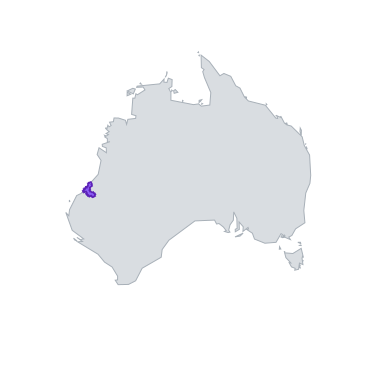 location of Port Hedland, Western Australia, Australia, rotated 330°
{"feature_id": "25037944B61185375235969", "entity_name": "Port Hedland", "entity_type": "district", "adm_level": 2, "iso_a3": "AUS", "parent_name": "Australia", "parent_adm1": "Western Australia", "projection": "orthographic", "projection_center": [118.535, -20.793], "detail": "fine", "context": "in_parent", "style": "filled", "palette": "violet", "viewbox_px": 384, "rotation_deg": 330, "n_neighbors": 0, "source": "geoboundaries", "source_scale": "gbopen_adm2", "svg_char_len": 6427}
<svg xmlns="http://www.w3.org/2000/svg" viewBox="0 0 384 384"><g transform="rotate(330 192 192)"><path d="M272.2,87.6L274.3,105.3L278.9,105.3L283.4,111.2L283.0,121.9L285.5,126.0L284.9,135.9L286.3,141.3L298.9,153.5L301.5,169.9L302.9,171.1L303.7,168.4L306.1,171.8L306.8,170.6L306.5,178.6L307.7,181.3L310.9,184.5L315.0,199.3L312.5,207.8L312.3,218.8L303.1,237.0L298.5,243.4L290.0,249.8L279.6,263.9L274.4,275.1L263.3,275.7L256.7,279.6L253.3,279.4L253.4,282.4L249.6,277.4L250.6,276.5L250.6,275.5L249.7,275.3L247.5,276.7L246.5,275.4L249.1,274.1L248.3,272.6L239.6,277.6L229.5,272.8L222.6,264.0L223.7,257.9L220.7,251.9L222.5,252.3L222.8,250.7L216.4,251.6L219.0,247.7L217.8,241.5L214.3,248.0L209.6,248.1L210.8,245.9L212.9,246.1L217.7,237.2L218.2,230.1L213.7,237.1L208.6,239.4L204.7,243.4L204.8,245.7L203.0,245.2L200.4,242.4L202.3,242.6L201.7,238.1L199.6,232.8L197.3,232.0L197.5,227.6L180.1,218.5L147.9,222.2L137.4,226.9L132.7,233.1L110.7,233.1L98.8,240.7L90.8,240.3L81.7,235.3L81.4,230.0L83.6,230.9L85.5,227.7L85.3,217.0L81.2,209.0L79.5,198.9L68.0,177.9L72.4,180.1L69.6,173.7L71.5,177.4L74.8,178.5L69.1,165.3L72.5,146.6L73.4,151.0L77.1,146.1L90.4,137.4L95.1,137.8L119.6,129.8L129.0,119.2L128.6,112.1L133.6,107.2L137.5,115.2L139.8,110.9L137.2,107.7L138.1,105.8L146.1,107.4L143.6,106.5L145.4,103.5L144.0,100.7L148.3,100.5L146.8,98.4L150.4,98.3L149.3,95.3L152.5,92.1L152.7,94.1L155.2,94.0L155.5,90.3L159.1,91.8L161.5,88.9L165.3,91.2L170.2,96.6L169.2,100.7L172.8,97.0L180.0,100.1L181.6,97.9L178.5,94.6L187.7,81.1L189.4,82.2L192.5,78.9L193.4,80.5L202.3,80.1L202.2,76.7L196.4,73.7L197.4,72.9L218.1,82.2L224.3,80.2L222.6,82.8L225.1,84.6L228.4,81.6L231.0,84.7L227.3,90.6L223.6,90.8L223.5,95.3L219.6,102.0L237.0,117.1L241.8,119.0L243.0,122.3L250.9,125.6L258.0,115.3L260.0,99.1L261.5,93.1L263.7,92.0L262.3,89.0L268.3,78.0L272.2,87.6ZM241.8,291.0L248.6,295.7L258.4,295.4L255.7,304.5L255.7,302.8L254.1,304.5L251.8,310.3L249.5,307.3L245.6,312.2L241.9,311.1L243.2,309.7L240.7,306.6L240.8,301.8L242.1,302.8L240.5,295.8L241.8,291.0ZM186.5,72.1L192.6,72.6L194.4,74.5L190.2,77.7L186.5,72.1ZM206.8,252.4L215.7,253.2L211.6,254.2L206.8,252.4ZM228.7,94.9L229.6,98.6L225.9,97.6L226.7,95.1L228.7,94.9ZM314.9,197.6L315.7,193.7L317.7,190.7L317.6,193.2L314.9,197.6ZM258.5,288.5L260.8,289.8L260.4,291.0L258.5,288.5ZM185.8,73.1L187.8,76.7L183.9,76.2L185.8,73.1ZM240.4,285.8L239.0,285.2L240.5,283.1L240.4,285.8ZM246.6,116.9L244.7,117.7L242.9,118.0L244.0,116.2L246.6,116.9ZM68.0,177.0L66.5,175.1L66.3,173.3L66.5,173.2L68.0,177.0ZM259.4,292.1L260.1,293.2L258.5,292.1L259.4,292.1ZM307.4,179.3L308.6,179.6L308.2,181.3L307.4,179.3ZM285.3,135.8L286.7,137.1L286.3,137.7L285.3,135.8ZM248.2,310.4L247.8,311.9L247.1,311.2L248.2,310.4ZM313.8,209.7L313.3,211.9L313.2,211.8L313.8,209.7ZM202.0,73.2L201.1,72.2L201.8,71.8L202.0,73.2ZM230.1,76.3L228.5,77.9L230.5,75.0L230.1,76.3ZM314.6,207.2L313.9,207.7L314.5,207.1L314.6,207.2ZM229.9,108.6L229.1,108.8L229.6,108.0L229.9,108.6ZM225.7,94.5L224.7,94.6L225.4,93.6L225.7,94.5ZM81.8,137.6L81.5,139.1L81.0,139.0L81.8,137.6ZM266.7,77.0L266.5,78.2L266.2,77.2L266.7,77.0ZM249.5,275.8L249.5,276.5L249.3,276.3L249.5,275.8ZM228.1,78.3L226.1,79.3L228.2,78.0L228.1,78.3ZM149.5,93.6L148.7,94.4L149.2,93.4L149.5,93.6ZM249.2,309.5L248.6,309.7L249.0,309.2L249.2,309.5ZM245.3,120.9L244.3,120.8L244.9,120.1L245.3,120.9ZM145.2,99.8L144.6,100.2L144.6,99.1L145.2,99.8ZM253.9,307.2L253.1,307.4L253.5,306.7L253.9,307.2ZM267.6,73.9L267.4,74.6L266.9,74.2L267.6,73.9ZM248.9,276.7L249.4,277.5L248.3,277.1L248.9,276.7ZM300.6,153.7L300.0,153.7L300.4,152.8L300.6,153.7ZM303.2,168.2L302.9,168.1L303.3,167.4L303.2,168.2ZM242.5,290.0L242.1,290.5L242.2,289.8L242.5,290.0Z" fill="#d9dde1" stroke="#a8b0b8" stroke-width="1"/><path d="M103.2,146.8L104.2,146.8L104.2,147.1L106.0,147.1L105.9,146.8L105.9,146.4L106.3,146.4L106.4,145.8L107.2,145.8L107.2,144.7L106.8,144.7L106.8,144.0L106.3,144.0L106.3,143.4L106.4,142.5L105.2,142.5L104.8,141.6L104.8,141.4L104.8,141.1L104.7,140.8L103.9,140.8L103.9,139.2L104.8,139.2L104.8,138.8L104.7,138.8L104.7,138.5L105.4,138.5L105.4,137.2L105.9,137.2L105.9,136.9L107.2,136.9L108.6,136.8L108.6,135.2L109.4,135.2L109.5,132.9L109.3,132.8L109.3,132.7L109.2,132.7L108.9,132.6L108.7,132.6L108.3,132.5L108.2,132.5L107.8,132.4L107.6,132.3L107.3,132.2L107.1,132.3L107.1,132.5L107.4,132.7L107.4,132.8L107.1,132.7L107.0,132.4L106.8,132.3L106.7,132.3L106.6,132.5L106.4,132.7L106.3,132.8L106.3,132.7L106.3,132.8L106.1,132.8L105.9,132.8L105.8,133.3L105.7,133.5L105.3,133.8L105.1,134.1L105.0,134.3L105.2,134.5L105.1,134.4L105.0,134.2L104.9,134.3L104.8,134.5L105.0,134.6L104.9,134.7L104.7,134.7L104.4,134.6L103.9,134.9L103.8,135.0L103.8,134.9L103.8,135.0L103.7,135.1L103.8,135.0L103.6,135.0L103.7,134.9L103.5,134.7L103.2,134.8L103.2,134.7L103.2,134.8L103.2,135.0L103.3,134.9L103.4,135.0L103.2,135.0L103.3,135.1L103.2,135.1L102.9,135.1L103.0,135.1L102.9,135.0L103.0,135.0L103.0,134.9L103.0,134.7L102.7,134.8L102.9,134.8L103.0,134.9L102.9,134.8L102.9,135.0L102.8,134.9L102.6,135.0L102.5,134.9L102.4,135.0L102.5,135.0L102.4,135.1L102.2,135.0L101.9,135.1L102.0,135.2L101.9,135.2L101.7,135.1L101.8,135.2L101.7,135.3L101.7,135.2L101.6,135.3L101.6,135.2L101.4,135.1L101.1,135.1L101.3,135.2L101.2,135.1L100.9,135.2L100.9,135.3L100.7,135.3L100.5,135.5L100.5,135.4L100.3,135.4L100.4,135.2L100.5,135.3L100.4,135.2L100.5,135.2L100.5,135.3L100.5,135.2L100.4,135.2L100.5,135.2L100.4,135.0L99.9,135.4L99.9,135.5L99.9,135.4L99.6,135.6L99.4,135.8L99.1,136.0L98.8,136.1L98.8,136.3L98.7,136.3L98.8,136.4L98.8,136.5L99.0,136.4L98.9,136.5L99.0,136.5L98.9,136.6L98.7,136.6L98.8,136.6L98.7,136.6L98.6,136.8L98.6,136.7L98.4,136.6L98.5,136.6L98.4,136.6L98.3,136.8L98.4,136.7L98.4,136.8L98.5,136.8L98.4,136.8L98.2,136.9L98.3,137.0L98.2,137.0L97.9,137.2L97.8,137.3L97.7,137.3L97.7,137.5L97.8,137.4L97.8,137.5L98.7,137.5L98.7,138.3L99.2,138.3L99.2,138.6L99.7,138.6L99.8,138.6L100.2,138.4L100.4,138.4L100.4,138.8L100.6,138.9L100.6,139.3L100.6,140.4L99.3,140.4L99.3,141.6L99.7,141.6L99.7,142.0L100.2,142.0L100.2,142.3L99.9,142.3L99.9,142.9L99.8,143.3L100.2,143.3L100.2,142.6L100.6,142.6L100.6,143.4L100.8,143.4L100.8,143.7L100.5,143.7L100.5,144.2L100.9,144.2L100.9,144.8L101.7,144.8L101.7,144.6L102.6,144.6L102.6,144.9L102.9,144.9L102.9,145.4L102.8,145.7L103.2,145.7L103.2,146.8ZM102.6,134.9L102.8,134.8L102.7,134.8L102.6,134.9ZM98.1,136.5L98.2,136.4L98.3,136.3L98.2,136.4L98.1,136.5ZM105.2,131.8L105.3,131.8L105.2,131.8Z" fill="#8b5cf6" stroke="#5b21b6" stroke-width="1.5"/></g></svg>